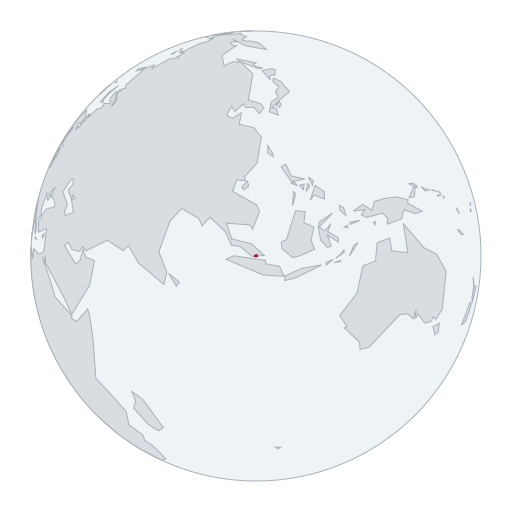 Melaka on an orthographic globe, rotated 329°
{"feature_id": "MYS-1145", "entity_name": "Melaka", "entity_type": "State", "adm_level": 1, "iso_a3": "MYS", "parent_name": "Malaysia", "parent_adm1": "", "projection": "orthographic", "projection_center": [102.321, 2.293], "detail": "fine", "context": "on_globe", "style": "filled", "palette": "rose", "viewbox_px": 512, "rotation_deg": 329, "n_neighbors": 0, "source": "natural_earth", "source_scale": "10m", "svg_char_len": 8180}
<svg xmlns="http://www.w3.org/2000/svg" viewBox="0 0 512 512"><g transform="rotate(329 256 256)"><circle cx="256" cy="256" r="225" fill="#eef3f6" stroke="#a8b0b8"/><path d="M467.5,320.1L467.1,321.8L467.0,322.0L467.5,320.1ZM386.6,72.5L387.0,72.7L386.4,72.3L386.6,72.5ZM367.7,60.3L366.8,59.9L361.4,57.0L358.0,55.1L367.7,60.3ZM352.2,52.3L353.1,52.7L348.8,50.9L347.0,49.9L352.2,52.3ZM345.5,49.3L339.1,46.7L332.1,43.9L345.5,49.3ZM367.6,60.3L369.4,61.4L367.9,60.6L367.6,60.3ZM358.3,55.6L355.3,54.3L357.2,55.0L358.3,55.6ZM352.8,53.2L345.5,50.9L349.1,52.8L335.0,46.6L345.8,50.2L347.6,50.5L349.3,51.6L352.8,53.2ZM328.4,43.9L325.7,43.1L327.3,43.3L328.4,43.9ZM76.3,120.2L75.9,120.7L72.2,125.8L76.3,120.2ZM68.5,131.2L62.8,143.5L69.2,135.1L70.7,142.7L76.2,143.0L90.7,124.6L81.7,123.5L87.1,114.6L100.0,107.7L108.8,110.0L111.3,106.7L111.5,98.8L119.5,93.4L112.3,95.7L110.8,99.1L106.2,101.0L107.3,98.1L110.1,96.1L109.1,94.5L96.0,105.5L93.1,110.1L86.8,111.8L81.4,119.9L77.5,123.7L85.4,111.4L89.2,107.0L98.8,94.9L94.2,99.4L84.8,111.5L85.1,110.5L78.8,117.9L83.8,111.5L93.0,100.5L105.8,88.1L119.5,76.7L134.1,66.5L135.8,65.5L128.4,70.3L123.6,73.7L126.0,73.6L129.0,72.0L136.2,67.1L136.0,68.2L142.7,63.6L148.3,62.3L147.2,60.3L155.7,55.7L163.6,52.7L166.3,51.1L153.3,56.3L148.3,58.8L144.4,61.4L130.6,69.5L128.0,70.9L141.6,62.0L140.7,62.5L157.4,53.5L178.8,45.1L186.1,43.7L180.3,49.8L173.7,52.0L172.5,50.6L165.8,55.6L170.1,53.3L169.9,54.6L178.0,51.4L178.2,52.2L185.5,48.2L186.7,48.8L182.1,51.3L195.0,48.2L199.8,49.3L202.6,48.4L204.3,47.0L209.2,49.9L211.1,49.1L210.2,47.8L213.3,45.5L220.8,42.9L222.1,44.0L219.6,45.1L216.2,49.6L209.3,53.0L210.6,53.2L216.9,50.7L221.0,45.1L225.1,43.3L224.1,45.6L224.8,44.6L227.3,44.1L230.9,44.9L232.4,42.4L257.7,38.0L267.3,39.9L263.6,41.9L282.6,42.4L291.9,46.0L291.0,44.6L299.6,44.8L296.8,43.6L297.0,43.0L317.7,45.0L323.6,46.9L331.5,47.6L331.1,47.0L327.2,45.5L335.0,46.6L349.1,52.8L349.3,53.6L358.0,57.6L357.4,59.3L360.8,63.0L355.1,63.5L358.4,67.0L361.4,68.3L368.1,74.5L371.3,84.3L355.4,70.6L347.8,58.2L349.7,62.4L345.3,60.0L343.6,60.8L345.3,64.3L347.9,65.6L330.3,66.5L326.5,76.6L336.4,77.6L342.9,82.3L347.2,98.3L329.8,118.3L338.3,127.6L339.0,133.2L332.1,135.6L330.8,127.4L323.5,123.6L323.9,119.1L312.3,121.3L312.3,114.9L303.3,120.4L307.1,126.0L317.3,125.8L309.5,134.3L320.3,145.0L321.8,157.0L304.7,176.9L286.9,182.2L285.8,186.1L278.6,181.0L269.2,188.4L282.8,212.4L282.4,219.2L267.0,231.2L266.7,226.1L247.5,212.6L244.0,228.7L258.5,243.3L263.5,259.9L252.3,254.2L247.3,239.6L240.5,234.4L242.3,220.2L236.6,199.0L225.4,202.4L226.2,194.1L216.7,177.1L200.5,181.6L174.9,202.4L171.3,223.7L162.5,232.9L151.7,201.6L152.1,181.3L144.9,182.9L136.6,165.9L112.7,164.0L112.2,158.9L107.1,161.1L101.7,155.8L102.1,147.7L97.4,148.1L97.2,169.6L102.5,169.5L110.9,161.5L109.5,169.3L115.2,176.7L98.5,195.2L67.9,211.3L69.8,195.4L72.1,153.1L74.8,148.7L75.0,148.2L75.3,147.3L70.5,154.5L72.5,146.6L66.0,175.1L62.8,187.8L67.4,212.2L65.7,214.7L68.7,219.9L84.3,214.6L83.3,220.0L72.9,244.6L55.7,278.4L60.9,302.2L64.5,322.5L60.1,335.4L66.9,351.2L65.6,356.5L69.8,365.5L72.3,374.8L74.2,383.4L70.6,383.1L65.3,374.9L55.7,358.9L46.4,338.6L37.2,309.8L35.7,303.2L33.3,289.7L32.7,285.6L31.1,269.5L30.7,253.3L31.5,237.1L33.4,221.0L36.5,205.1L40.8,189.5L46.1,174.2L52.5,159.3L60.0,145.0L68.5,131.2ZM113.2,123.0L121.8,124.7L126.7,113.1L130.4,113.1L130.7,109.4L127.0,112.3L128.9,102.8L135.8,100.3L139.2,95.8L136.5,95.1L123.6,101.5L120.7,114.8L115.0,119.1L113.2,123.0ZM78.8,117.1L78.6,117.5L79.3,117.1L75.4,122.1L78.8,117.1ZM129.3,69.7L130.4,69.1L128.8,70.3L126.1,72.0L129.3,69.7ZM204.8,37.0L206.8,36.4L208.2,36.1L215.6,34.5L217.2,34.4L213.4,35.3L204.8,37.0ZM86.6,127.5L82.4,130.9L82.7,129.1L84.1,128.2L86.6,127.5ZM76.7,126.1L76.8,128.6L75.6,127.4L76.7,126.1ZM207.8,36.6L210.6,35.9L209.7,36.3L207.8,36.6ZM218.8,34.3L218.4,34.7L218.3,34.2L218.8,34.3ZM174.1,429.9L178.7,432.6L175.5,432.7L174.1,429.9ZM85.1,320.5L88.2,355.6L82.3,355.4L76.9,344.8L72.8,323.5L78.3,317.8L79.8,308.2L85.1,320.5ZM319.6,301.9L326.2,303.4L326.0,304.4L319.6,301.9ZM312.8,297.7L320.4,298.6L311.4,300.0L312.8,297.7ZM323.3,299.0L331.1,297.5L334.4,296.0L333.8,298.2L323.3,299.0ZM307.6,297.4L279.2,295.3L267.9,291.8L270.6,288.1L288.9,290.2L307.6,297.4ZM269.7,287.9L252.4,276.0L228.6,243.4L237.1,244.4L262.0,264.6L260.4,267.8L270.9,277.0L269.7,287.9ZM311.4,270.6L309.7,280.5L294.1,278.5L286.9,276.4L282.0,263.3L284.8,257.1L290.6,257.6L313.2,237.5L321.1,243.4L314.2,252.0L320.6,261.1L311.4,270.6ZM172.2,225.8L176.9,239.0L172.2,240.9L172.2,225.8ZM322.1,223.2L313.1,231.9L321.3,220.1L322.1,223.2ZM326.8,212.0L327.5,216.7L323.7,211.9L326.8,212.0ZM285.8,192.4L279.6,193.0L279.3,189.8L287.2,187.1L285.8,192.4ZM322.9,167.5L323.1,176.7L322.0,179.7L319.1,173.9L322.9,167.5ZM225.9,39.1L213.8,41.0L206.2,43.3L203.6,45.6L202.0,43.7L213.8,40.1L225.9,39.1ZM253.6,37.8L255.8,36.4L258.3,37.0L258.2,37.4L253.6,37.8ZM252.5,37.0L248.7,35.6L252.2,34.9L254.5,36.1L252.5,37.0ZM227.8,34.8L224.1,35.2L224.9,34.7L227.8,34.8ZM415.6,405.9L415.7,408.0L409.4,414.1L401.6,420.0L396.5,421.2L415.6,405.9ZM368.9,415.8L371.2,407.8L378.5,408.0L373.3,414.7L368.9,415.8ZM420.8,401.4L426.6,394.8L431.3,385.8L427.6,394.2L429.1,395.3L416.8,407.7L420.8,401.4ZM349.1,380.3L305.9,392.4L297.0,389.8L300.4,383.4L294.7,363.0L297.7,363.6L297.2,350.2L323.4,339.9L342.6,319.4L355.8,321.9L366.6,307.1L379.8,309.5L375.1,321.5L387.8,331.3L398.9,304.4L404.2,335.3L411.8,347.3L411.0,367.0L388.3,397.6L377.5,402.8L376.6,399.5L371.8,402.4L366.0,400.2L365.0,389.1L360.2,392.0L365.8,384.4L358.4,390.9L356.4,383.8L349.1,380.3ZM442.3,337.4L443.6,338.6L444.8,344.5L442.8,342.9L442.3,337.4ZM464.0,325.4L463.9,328.2L462.8,328.4L464.0,325.4ZM467.0,322.0L465.7,322.5L467.5,320.1L467.0,322.0ZM452.2,321.3L452.6,323.4L452.0,323.9L452.2,321.3ZM451.7,320.5L452.9,317.7L452.4,320.7L451.7,320.5ZM446.4,302.8L447.5,301.4L447.8,302.7L446.4,302.8ZM335.9,304.3L345.3,297.2L350.2,297.0L335.9,304.3ZM445.3,299.2L442.9,298.5L443.3,297.0L445.3,299.2ZM445.7,295.5L445.6,293.3L446.7,298.8L445.7,295.5ZM441.3,289.7L444.1,294.2L441.0,290.1L441.3,289.7ZM439.5,289.9L437.4,287.8L437.6,287.1L439.5,289.9ZM413.2,288.7L421.5,303.2L414.4,301.8L406.6,292.5L399.8,299.3L384.8,296.2L388.4,291.9L386.6,284.5L370.6,279.9L367.4,274.9L373.2,272.4L362.4,267.6L374.2,266.7L378.9,276.8L385.5,270.1L396.6,273.2L407.2,277.8L415.3,286.2L413.2,288.7ZM374.0,287.7L376.0,287.9L374.2,290.6L374.0,287.7ZM433.3,281.7L436.4,286.9L435.9,288.0L434.4,287.0L433.3,281.7ZM417.2,284.8L426.1,278.2L428.1,278.7L422.2,286.8L417.2,284.8ZM424.1,272.7L428.1,274.5L430.1,279.3L429.2,280.4L424.1,272.7ZM349.9,276.5L349.4,279.1L346.3,276.7L349.9,276.5ZM354.0,275.3L363.3,279.0L353.1,277.4L354.0,275.3ZM325.1,263.6L327.9,270.1L336.8,266.8L330.0,272.0L335.9,282.8L333.8,286.5L328.0,274.8L325.7,286.2L321.7,285.7L319.7,275.6L323.8,264.0L327.7,259.4L343.7,258.7L325.1,263.6ZM354.0,267.6L351.5,260.2L353.3,255.6L356.0,259.6L354.0,267.6ZM343.9,242.4L337.0,233.6L331.0,236.2L343.1,226.0L347.7,236.0L343.9,242.4ZM337.8,224.1L332.2,226.4L337.9,220.4L337.8,224.1ZM330.6,223.6L329.8,217.9L334.4,219.1L330.6,223.6ZM340.8,224.6L341.6,215.2L344.0,221.0L340.8,224.6ZM327.5,205.5L337.5,215.3L324.7,210.4L323.4,192.7L328.8,192.7L327.5,205.5ZM352.8,140.9L351.0,136.4L355.7,135.9L355.6,139.1L352.8,140.9ZM369.3,132.3L356.3,134.4L345.7,137.1L349.4,139.5L347.7,146.8L341.7,139.1L348.6,131.8L356.8,131.3L357.2,125.5L362.8,122.4L360.3,115.0L362.5,112.5L367.2,119.2L369.3,132.3ZM358.9,112.0L356.7,100.2L365.8,103.3L368.4,106.5L365.5,110.5L360.9,108.5L358.9,112.0ZM358.8,98.4L354.3,96.6L341.4,79.7L341.0,77.1L355.6,90.5L352.1,89.8L353.6,93.7L358.8,98.4ZM326.9,43.7L325.8,43.1L328.3,44.0L326.9,43.7ZM295.3,42.4L296.0,41.7L298.9,42.4L295.3,42.4ZM299.7,40.5L295.9,40.1L299.4,40.0L299.7,40.5ZM287.5,39.4L294.1,39.7L288.6,40.2L287.5,39.4Z" fill="#d9dde1" stroke="#a8b0b8" stroke-width="1"/><path d="M256.7,256.8L256.1,256.6L255.5,256.3L255.3,256.2L255.2,256.1L254.9,255.8L254.7,255.7L254.8,255.5L254.9,255.4L254.9,255.5L255.0,255.5L255.0,255.4L255.3,255.3L255.4,255.2L255.5,255.2L255.5,255.3L255.8,255.3L256.1,255.2L256.5,255.3L257.1,255.5L256.9,255.6L256.8,255.8L256.7,256.1L256.7,256.3L256.8,256.4L256.8,256.5L256.7,256.7L256.7,256.8L256.7,256.8Z" fill="#f43f5e" stroke="#9f1239" stroke-width="1.5"/></g></svg>